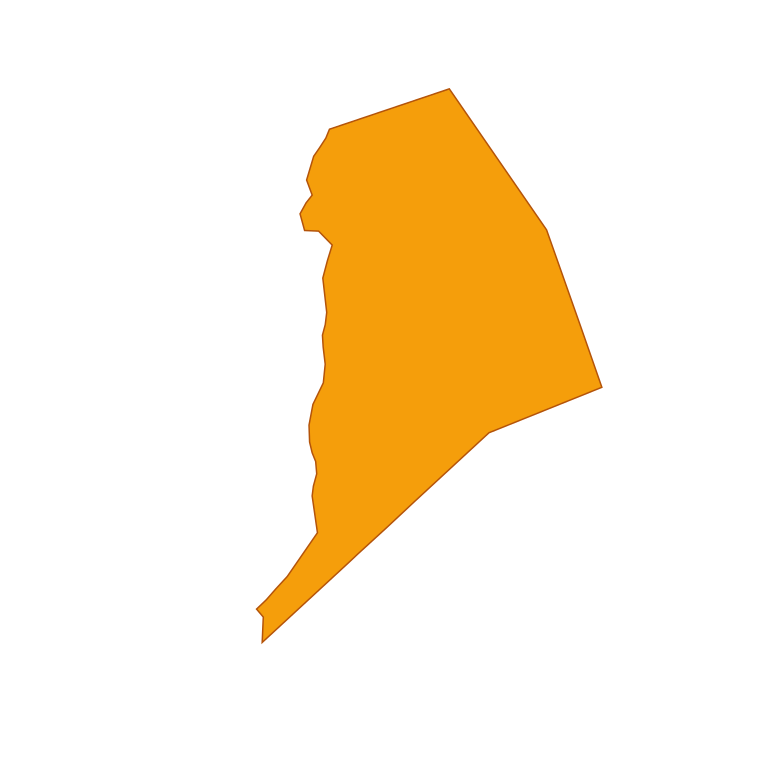 the district of Lagoa de Pedras, Rio Grande do Norte, Brazil, rotated 303°
{"feature_id": "56859067B10603162869089", "entity_name": "Lagoa de Pedras", "entity_type": "district", "adm_level": 2, "iso_a3": "BRA", "parent_name": "Brazil", "parent_adm1": "Rio Grande do Norte", "projection": "mercator", "projection_center": [-35.477, -6.193], "detail": "fine", "context": "isolated", "style": "filled", "palette": "amber", "viewbox_px": 768, "rotation_deg": 303, "n_neighbors": 0, "source": "geoboundaries", "source_scale": "gbopen_adm2", "svg_char_len": 699}
<svg xmlns="http://www.w3.org/2000/svg" viewBox="0 0 768 768"><g transform="rotate(303 384 384)"><path d="M667.1,278.0L568.0,199.5L558.6,201.3L547.1,201.3L536.7,201.0L512.9,208.0L503.3,220.9L493.6,220.0L481.0,220.9L469.5,233.8L476.6,245.9L472.3,264.9L456.5,269.4L439.5,275.0L412.8,297.0L401.8,302.4L391.4,305.8L381.8,312.9L368.6,323.9L351.9,332.5L328.2,335.5L308.7,343.5L294.8,353.2L287.2,361.2L281.8,368.9L272.0,376.5L259.9,380.4L251.0,384.7L223.0,409.2L169.9,407.7L153.4,404.9L138.9,402.8L125.8,399.7L122.8,409.7L100.9,422.6L215.2,451.7L226.7,454.5L265.6,464.6L302.4,473.7L400.3,498.6L499.9,568.5L539.5,517.4L601.8,436.4L667.1,278.0Z" fill="#f59e0b" stroke="#b45309" stroke-width="1.5"/></g></svg>